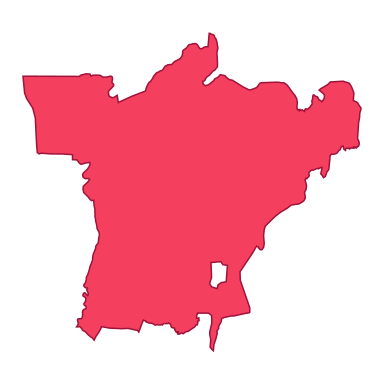 outline of Kailo, Maniema, Democratic Republic of the Congo
{"feature_id": "63176286B17504702690240", "entity_name": "Kailo", "entity_type": "district", "adm_level": 2, "iso_a3": "COD", "parent_name": "Democratic Republic of the Congo", "parent_adm1": "Maniema", "projection": "equal_earth", "projection_center": [25.788, -2.56], "detail": "fine", "context": "isolated", "style": "filled", "palette": "rose", "viewbox_px": 384, "rotation_deg": 0, "n_neighbors": 0, "source": "geoboundaries", "source_scale": "gbopen_adm2", "svg_char_len": 5874}
<svg xmlns="http://www.w3.org/2000/svg" viewBox="0 0 384 384"><path d="M359.8,113.1L360.9,109.4L361.0,108.5L360.7,107.4L359.5,106.0L357.7,102.9L356.5,101.9L353.3,100.6L353.9,93.1L352.1,88.1L350.8,85.5L349.2,83.2L343.2,81.2L330.5,81.9L327.4,84.8L320.8,88.6L319.1,90.1L322.6,93.0L323.9,94.3L324.4,95.1L324.3,98.0L322.4,101.3L321.5,101.6L320.8,100.6L319.3,100.1L317.6,97.1L317.0,96.6L315.8,96.4L313.9,94.9L313.2,95.0L312.8,96.1L312.5,99.1L311.8,101.2L312.2,103.1L312.1,103.8L311.3,105.2L310.2,106.4L310.0,107.4L309.1,107.8L307.4,109.4L306.1,108.8L305.5,108.8L305.0,109.4L304.7,111.4L303.7,110.7L302.9,110.6L302.2,109.8L300.1,110.4L300.0,109.5L299.6,109.5L299.3,110.6L298.5,109.6L297.7,109.8L297.1,109.2L297.0,106.3L297.3,102.5L296.7,98.7L294.7,95.0L293.8,94.2L287.3,85.2L284.1,82.8L281.1,82.8L279.2,82.3L276.5,82.2L261.3,82.7L259.8,83.3L256.6,87.6L250.2,90.0L248.5,89.6L242.9,86.8L232.4,80.2L229.2,79.6L226.4,77.3L224.9,75.6L220.3,74.7L217.6,77.5L215.0,78.7L214.5,79.1L213.9,80.5L208.4,84.8L205.7,85.6L204.4,85.2L203.0,83.6L202.8,81.4L203.9,81.1L205.0,80.2L205.5,78.9L206.6,77.2L209.6,75.0L213.1,71.0L214.7,70.2L217.4,66.8L217.5,62.8L216.9,52.7L217.9,48.1L216.9,41.8L216.0,39.0L214.8,37.4L214.2,35.6L213.5,34.9L210.9,34.0L210.3,33.4L209.2,33.3L208.0,46.7L205.0,46.8L201.7,48.7L200.0,48.6L199.6,48.2L197.4,44.8L196.4,43.9L195.6,43.6L192.9,43.7L191.1,44.4L189.6,44.5L188.6,45.0L186.5,47.9L183.3,50.2L182.8,51.0L182.3,55.1L181.8,56.4L180.2,58.5L177.6,60.1L175.3,61.1L173.7,62.3L172.0,64.4L167.6,64.8L166.4,65.8L165.3,66.0L162.6,69.9L162.1,70.4L159.6,71.2L158.4,72.2L157.1,72.5L156.4,72.9L153.7,76.1L152.4,78.8L150.7,81.2L149.2,82.3L148.0,84.1L146.6,86.9L145.5,91.0L131.7,96.3L118.3,102.5L117.2,95.3L114.1,97.3L112.4,97.7L110.2,96.8L108.8,95.6L108.7,93.8L108.3,92.5L109.2,90.4L112.8,86.8L113.7,85.6L113.5,84.1L112.2,82.9L112.0,82.0L112.6,78.6L112.0,76.6L110.7,76.1L106.5,77.1L102.7,77.1L100.3,75.3L95.6,75.1L92.8,75.2L91.0,76.2L90.0,74.1L86.3,73.8L81.2,75.0L80.3,75.5L79.5,76.4L23.0,76.2L24.6,93.0L26.5,98.3L32.7,108.0L35.3,118.0L36.6,144.6L37.3,152.6L39.1,153.9L41.1,153.2L50.7,153.9L63.2,154.0L71.7,154.6L72.5,154.9L72.5,159.7L76.9,159.9L79.6,163.4L81.1,164.3L86.6,162.8L89.9,162.5L90.0,165.0L87.6,169.0L83.4,173.0L82.6,174.6L83.1,177.3L85.4,178.7L88.3,178.5L89.6,179.4L87.8,182.0L83.3,186.3L83.0,189.2L83.7,192.5L88.1,196.8L89.7,199.1L91.4,200.6L93.7,200.2L94.2,206.3L95.0,209.3L94.8,211.6L95.1,213.8L94.9,216.2L95.6,219.5L95.6,220.6L96.9,226.3L97.1,228.7L99.1,232.4L99.4,235.0L98.8,237.6L98.3,242.3L98.0,243.5L96.7,244.7L95.8,246.3L95.6,248.4L93.5,253.6L92.9,255.7L92.4,260.8L90.2,266.0L89.1,270.4L87.6,274.9L86.4,277.1L86.2,280.0L85.2,283.2L84.1,284.4L83.8,285.0L83.9,286.1L84.5,286.9L85.5,287.7L87.4,288.1L87.5,288.5L86.8,289.5L86.8,290.1L88.2,293.3L88.1,295.0L87.8,295.7L87.3,295.6L85.5,293.3L84.8,292.8L84.1,292.8L83.3,293.9L82.9,295.0L83.0,295.7L83.4,296.4L84.9,297.1L85.6,297.9L85.8,298.6L85.8,299.9L85.5,301.3L84.0,303.4L83.9,304.3L84.1,304.8L86.2,306.9L86.2,307.8L85.7,308.7L83.8,309.4L82.7,310.7L82.5,312.8L82.6,314.9L82.3,317.1L82.0,318.0L81.3,318.7L78.2,318.8L77.7,319.2L77.5,320.4L78.3,323.7L77.9,324.8L76.6,326.9L80.1,326.7L81.6,328.5L82.7,330.4L85.3,331.7L88.2,334.8L90.7,336.9L92.3,337.8L94.1,340.2L96.1,336.2L98.7,332.5L100.8,328.7L101.5,326.7L109.5,328.1L121.7,328.7L128.2,328.4L136.1,330.2L137.3,330.1L138.8,332.1L142.2,322.9L143.4,320.1L144.1,320.5L145.6,320.8L145.6,321.4L146.3,322.0L147.6,322.3L149.0,323.1L151.3,323.2L153.8,324.1L154.9,325.1L157.2,324.7L159.2,325.0L161.8,324.7L162.4,325.0L163.2,324.0L164.2,323.5L167.6,323.6L168.7,322.9L169.1,323.1L169.4,323.7L170.5,324.1L171.1,326.5L171.6,327.4L172.7,327.5L173.1,328.0L174.1,327.9L174.5,328.3L174.9,329.1L174.7,329.8L175.6,331.0L175.9,331.8L176.4,332.1L177.2,331.7L178.6,331.9L178.6,332.3L177.4,333.0L177.5,333.8L178.5,334.2L180.0,333.9L181.3,333.0L182.0,333.0L183.0,333.8L185.0,332.4L185.6,331.8L188.2,331.3L195.0,326.7L195.6,325.3L196.0,325.0L197.1,325.0L197.8,323.1L197.6,321.3L197.8,321.0L198.9,320.9L199.1,320.5L198.8,317.9L197.2,318.4L196.5,318.0L196.8,316.8L196.6,315.3L197.5,314.1L197.5,313.1L206.8,313.1L208.9,313.3L211.6,315.6L211.8,323.1L209.8,331.7L209.7,334.4L210.7,339.2L210.1,347.2L211.8,349.4L213.4,350.7L213.9,344.8L216.0,338.4L217.2,333.4L217.1,331.7L216.8,331.2L218.7,328.4L218.7,327.6L218.5,327.1L219.3,324.9L220.8,322.6L221.4,320.7L221.6,318.6L223.7,317.6L231.0,316.0L233.7,316.0L244.9,313.5L249.2,312.8L249.8,312.2L249.8,307.9L240.3,280.3L240.0,271.7L252.6,253.0L256.5,246.2L258.2,247.0L258.5,247.4L258.5,247.9L259.4,248.6L259.5,249.1L260.7,249.8L262.0,249.7L263.7,247.1L264.2,243.5L263.6,235.6L264.2,229.7L265.4,226.0L274.9,216.6L280.4,212.3L287.1,208.3L291.3,205.0L299.1,203.9L303.7,201.0L305.2,198.5L305.2,196.5L304.6,192.6L304.8,191.6L305.6,190.5L306.2,188.8L306.5,186.7L306.4,185.1L306.1,183.6L305.2,180.7L305.5,178.8L305.6,178.4L306.9,178.7L307.3,177.9L308.6,176.9L309.2,175.8L309.2,175.1L308.8,173.6L309.1,172.5L310.7,170.7L311.7,170.1L313.2,170.2L316.3,168.8L317.6,168.5L318.3,168.8L318.7,168.3L319.8,168.3L320.5,167.5L321.9,167.4L322.0,167.9L321.7,169.6L320.8,173.5L321.1,174.3L322.1,175.1L323.5,177.7L325.3,176.5L327.0,171.8L328.7,169.7L329.9,159.0L329.9,157.9L330.2,155.5L330.6,154.9L332.1,154.1L334.2,154.2L336.6,153.4L338.0,151.8L339.2,150.1L340.1,149.8L340.9,147.5L342.2,146.2L343.2,146.1L343.6,148.4L344.1,149.5L344.9,149.8L345.4,150.5L345.6,150.3L345.6,149.1L346.1,148.2L348.4,148.5L348.9,148.2L349.7,149.0L350.6,148.0L353.1,148.2L353.5,147.1L353.9,147.0L354.3,148.0L354.8,148.0L355.3,147.1L356.6,147.9L357.1,146.8L357.6,146.8L358.0,146.3L358.4,146.3L359.1,144.7L359.2,142.8L358.6,140.5L357.7,139.3L357.6,137.8L358.6,122.9L359.6,117.2L359.8,113.1ZM211.7,286.9L209.6,283.6L211.5,277.7L211.4,272.3L211.0,262.5L220.9,261.7L222.9,264.7L227.4,265.3L226.2,281.8L221.3,282.6L218.1,284.8L217.1,288.6L211.7,286.9Z" fill="#f43f5e" stroke="#9f1239" stroke-width="1.5"/></svg>